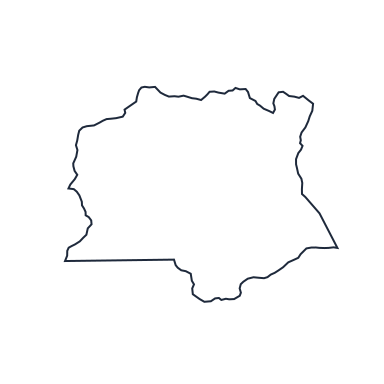 Cachoeira de Goiás, Goiás, Brazil, rotated 253°
{"feature_id": "56859067B5572489257411", "entity_name": "Cachoeira de Goiás", "entity_type": "district", "adm_level": 2, "iso_a3": "BRA", "parent_name": "Brazil", "parent_adm1": "Goiás", "projection": "robinson", "projection_center": [-50.689, -16.714], "detail": "fine", "context": "isolated", "style": "outline", "palette": "slate", "viewbox_px": 384, "rotation_deg": 253, "n_neighbors": 0, "source": "geoboundaries", "source_scale": "gbopen_adm2", "svg_char_len": 2068}
<svg xmlns="http://www.w3.org/2000/svg" viewBox="0 0 384 384"><g transform="rotate(253 192 192)"><path d="M231.5,74.9L229.3,79.8L226.0,81.9L221.7,83.3L214.9,83.8L211.4,82.9L207.8,83.9L204.1,84.4L200.8,83.5L198.2,85.9L194.3,87.3L190.5,86.5L187.7,81.7L182.0,78.5L180.1,74.7L177.6,70.3L176.1,64.8L175.5,61.1L174.8,57.8L172.2,55.5L167.6,54.0L163.1,50.4L132.6,155.0L126.8,155.0L123.8,156.2L120.3,158.8L118.1,162.9L114.2,166.9L107.2,165.9L103.1,166.9L99.7,164.0L94.0,162.9L87.4,168.0L83.4,171.7L82.0,178.1L83.5,183.0L82.8,186.7L80.2,188.5L80.0,193.2L78.5,196.2L77.3,201.0L78.8,207.3L81.4,209.3L85.9,209.4L89.6,211.7L91.2,214.9L92.8,220.0L92.5,225.9L90.7,230.2L88.5,235.7L88.5,239.3L90.0,243.2L90.5,247.4L91.7,251.7L93.4,257.1L96.6,263.5L97.3,269.3L98.0,274.4L100.8,277.7L104.6,284.9L104.0,289.8L102.7,294.3L101.4,297.3L99.7,302.2L98.6,306.3L97.7,311.2L96.0,314.7L134.3,307.7L154.1,298.9L157.9,296.6L162.5,297.9L168.4,300.1L172.7,300.5L178.5,298.9L184.5,299.4L188.0,299.6L193.0,301.1L198.2,305.1L200.6,308.6L203.8,311.2L207.1,309.6L209.7,311.2L213.2,311.6L216.9,314.2L220.6,319.3L225.8,323.9L229.9,326.7L234.5,330.8L241.0,333.6L245.4,330.4L251.5,326.3L250.7,321.9L253.3,317.7L255.4,312.9L258.1,310.9L261.2,308.4L262.0,304.0L257.0,297.9L253.0,295.7L249.9,295.9L246.6,295.4L243.9,292.6L247.0,289.3L250.7,284.9L254.7,282.3L257.1,280.1L260.5,279.3L264.9,274.8L271.3,274.8L274.8,273.4L276.2,267.7L278.8,264.0L277.2,260.5L278.1,256.6L276.5,252.0L279.3,246.4L281.6,242.7L282.7,238.1L280.9,235.3L279.4,232.5L277.3,227.6L280.0,223.3L281.7,219.4L284.9,214.7L286.6,212.1L287.1,206.9L288.7,203.3L290.0,197.8L292.8,194.4L296.3,190.9L300.3,188.9L303.3,187.4L304.5,181.7L306.4,177.6L306.7,174.2L304.8,171.2L302.4,169.4L298.7,167.0L294.8,165.1L292.3,157.2L290.5,151.6L287.2,151.3L284.3,147.8L284.8,141.0L285.8,135.8L286.7,131.6L286.2,127.5L285.4,124.0L284.3,117.8L285.7,110.6L285.7,106.2L283.6,102.1L280.0,99.9L274.8,97.3L270.7,94.7L265.6,94.7L259.6,91.6L254.1,86.8L251.3,86.1L246.5,85.9L242.0,87.3L238.6,83.7L234.7,77.8L231.5,74.9Z" fill="none" stroke="#1e293b" stroke-width="2"/></g></svg>